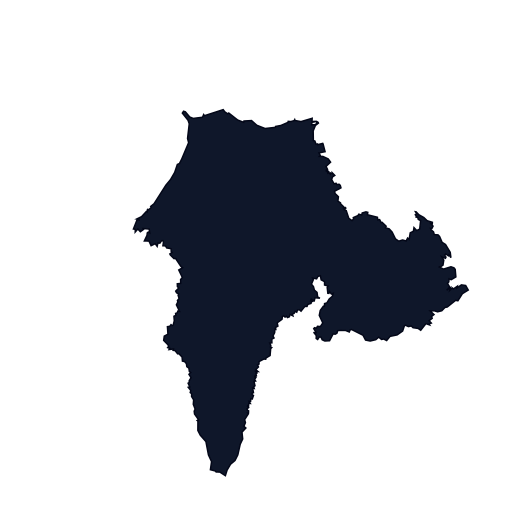 Kendal, Jawa Tengah, Indonesia, rotated 324°
{"feature_id": "22746128B21241240008354", "entity_name": "Kendal", "entity_type": "district", "adm_level": 2, "iso_a3": "IDN", "parent_name": "Indonesia", "parent_adm1": "Jawa Tengah", "projection": "natural_earth1", "projection_center": [110.154, -7.019], "detail": "fine", "context": "isolated", "style": "filled", "palette": "ink", "viewbox_px": 512, "rotation_deg": 324, "n_neighbors": 0, "source": "geoboundaries", "source_scale": "gbopen_adm2", "svg_char_len": 6163}
<svg xmlns="http://www.w3.org/2000/svg" viewBox="0 0 512 512"><g transform="rotate(324 256 256)"><path d="M185.3,221.9L183.8,230.1L181.2,230.7L179.0,233.9L176.0,232.2L174.4,234.6L174.7,236.5L170.4,237.2L170.1,239.1L171.2,241.1L169.9,242.0L168.8,245.2L166.3,245.8L165.8,247.2L162.9,248.7L161.6,255.8L160.4,254.6L158.8,255.7L157.2,255.2L156.3,256.9L154.2,256.5L151.8,260.4L148.4,263.2L147.2,263.0L146.9,261.6L144.9,262.2L142.8,261.1L138.8,267.5L134.7,266.9L131.7,270.0L132.6,276.0L132.3,277.7L130.7,278.2L132.0,280.0L130.7,280.6L134.6,282.7L133.5,283.6L134.9,284.9L135.1,289.1L136.2,289.8L136.8,294.3L134.7,297.8L136.2,299.5L136.4,302.2L135.0,304.9L135.8,307.2L134.2,310.3L134.7,311.9L132.2,312.3L131.9,316.3L128.7,317.6L127.6,319.1L126.3,319.0L125.5,323.0L124.0,322.4L124.2,326.5L122.5,327.8L123.0,329.6L121.3,331.8L121.0,335.7L118.1,339.1L116.8,344.1L114.8,345.2L113.4,347.7L113.3,354.6L111.7,354.5L112.0,355.4L106.4,363.0L105.6,368.2L106.4,376.7L100.6,389.0L99.2,396.2L93.5,402.1L96.7,406.0L96.8,407.3L99.7,409.5L102.1,415.7L106.8,412.2L113.0,409.5L118.8,409.1L124.4,406.2L132.6,399.0L137.7,396.2L141.1,390.3L146.7,389.2L146.1,386.7L149.5,384.6L150.6,381.7L157.0,379.2L156.9,378.0L157.8,378.4L159.0,376.9L158.4,375.8L159.0,374.3L160.9,374.3L160.7,372.6L161.3,372.1L161.8,373.0L163.6,370.9L164.7,371.9L164.9,369.4L166.2,370.4L167.9,368.4L168.9,369.5L172.0,367.3L171.3,366.0L172.3,364.7L173.6,365.1L175.7,360.8L176.7,362.1L177.3,360.4L178.9,360.4L180.7,356.2L182.2,356.9L182.2,355.2L184.7,354.1L183.8,353.2L184.5,352.4L186.0,353.0L186.8,351.0L188.0,351.2L187.9,349.2L189.7,350.6L189.0,347.8L192.8,347.2L193.2,345.0L194.9,345.2L196.4,343.2L201.8,344.0L203.2,345.2L204.2,344.4L208.9,344.8L213.4,339.6L214.9,339.3L214.2,338.1L215.4,337.1L215.9,334.5L217.8,335.6L219.9,332.6L222.4,332.9L222.7,330.7L226.0,329.0L228.3,326.3L228.9,327.0L229.8,325.3L232.5,325.6L233.9,322.5L239.8,322.5L241.8,320.5L243.2,320.6L243.6,322.5L245.2,322.6L245.3,324.3L247.3,324.8L249.1,323.2L250.7,326.1L251.3,324.3L253.1,324.8L255.1,323.8L255.9,325.4L257.8,324.1L259.5,324.9L260.0,327.1L265.8,325.5L267.6,326.8L269.5,325.6L272.6,326.7L274.1,325.5L275.1,326.0L275.2,324.8L274.0,324.3L275.4,323.4L276.8,326.5L279.2,324.5L282.9,327.7L281.8,325.4L284.0,321.3L283.2,317.9L284.5,314.5L284.3,311.4L288.4,308.9L288.8,307.1L291.6,310.1L294.1,308.9L296.5,309.8L294.7,313.6L296.4,317.0L294.4,319.8L296.7,322.7L295.1,323.3L292.2,328.4L293.0,329.1L294.6,327.9L294.6,331.1L296.5,331.6L294.0,333.5L290.0,333.8L285.8,335.6L283.5,334.8L281.8,336.9L281.0,336.2L276.0,337.8L272.3,341.2L270.7,349.4L266.6,350.9L264.4,349.0L262.5,349.9L261.2,348.4L260.0,348.7L259.7,353.3L258.8,353.6L257.8,351.5L258.0,355.8L256.2,358.1L256.8,359.8L259.6,358.7L260.9,359.9L260.3,362.7L261.7,365.2L265.7,367.8L272.5,364.4L274.3,365.9L276.2,366.0L278.1,364.4L279.8,365.3L284.7,368.9L286.8,372.3L288.7,371.1L290.1,371.6L296.0,383.0L295.2,388.4L298.4,391.9L303.7,394.1L307.6,393.8L308.5,397.3L310.5,398.2L312.0,401.2L317.2,399.8L323.8,402.8L330.5,402.9L335.0,399.7L336.2,399.8L337.8,402.7L340.5,403.9L340.9,406.3L344.6,409.9L345.6,412.9L353.7,410.6L355.8,413.6L355.8,412.7L358.4,413.3L358.0,410.1L361.9,410.0L362.5,408.1L365.6,408.0L364.6,402.8L368.0,405.1L370.1,407.9L374.1,409.5L378.6,408.7L380.8,409.7L391.4,409.2L393.0,410.9L400.8,407.8L407.7,408.3L408.3,403.1L405.2,400.1L399.8,400.0L401.1,398.8L396.4,398.7L396.1,397.3L392.6,397.7L394.8,396.0L389.9,395.8L394.5,394.7L394.8,390.7L396.7,390.3L398.8,387.9L400.0,389.9L405.4,390.4L409.3,383.9L409.2,381.9L407.4,379.3L400.0,376.8L397.4,371.9L398.8,373.2L401.9,373.3L405.5,369.7L405.8,365.7L407.9,369.2L409.0,368.6L409.2,366.0L410.7,365.9L411.8,368.9L412.8,368.3L412.7,371.9L415.3,367.2L416.1,358.1L414.6,354.3L416.0,348.1L415.7,345.9L412.8,343.5L413.8,340.8L413.0,337.6L413.4,336.2L414.5,337.1L416.8,335.9L416.5,332.6L417.6,333.5L418.5,332.4L415.2,328.0L414.4,323.5L412.0,318.3L411.5,314.4L411.0,313.9L410.8,316.2L409.1,316.3L409.3,318.0L408.4,318.5L409.5,320.0L408.8,321.8L410.0,324.1L404.3,330.4L401.0,329.9L400.5,325.9L397.9,328.5L394.4,327.9L389.7,332.5L389.2,330.6L386.3,332.1L384.0,329.2L380.2,327.9L378.9,324.1L380.2,316.6L379.7,312.3L377.2,309.2L378.8,308.4L377.8,302.9L376.9,302.7L377.4,299.2L375.8,298.4L377.0,296.0L370.4,288.1L372.1,286.4L370.9,284.9L367.2,283.6L365.6,285.0L363.8,282.6L362.2,283.2L357.3,282.1L356.7,283.4L354.5,283.8L353.2,280.1L355.7,272.3L354.6,270.4L356.8,270.0L356.6,269.0L354.9,268.6L355.8,267.5L355.1,263.6L355.6,262.7L354.5,259.7L357.5,256.5L356.7,251.9L357.6,249.8L364.8,250.8L365.7,248.4L365.4,246.8L363.3,245.6L363.5,244.2L361.6,243.6L362.1,238.7L364.3,237.0L367.1,237.1L366.6,233.6L366.2,234.3L365.0,232.5L364.2,233.3L363.9,231.7L362.7,231.3L363.2,230.1L364.3,230.4L364.1,229.2L362.8,228.7L363.3,227.7L364.8,227.9L365.3,224.7L371.5,223.9L371.5,219.9L368.6,214.7L365.9,212.7L367.1,212.5L367.5,209.6L373.2,212.2L376.1,204.8L376.2,204.1L371.4,202.2L371.6,201.5L370.3,200.9L371.2,197.5L370.2,196.4L375.8,188.4L380.8,185.3L384.6,185.2L384.8,184.4L384.1,182.6L381.3,180.7L381.0,181.3L383.7,182.6L383.7,184.2L381.2,184.6L378.2,182.6L382.4,177.6L371.4,173.7L367.2,169.3L367.5,168.4L366.4,168.9L363.2,167.7L361.2,166.0L360.4,166.7L352.8,165.0L348.0,162.7L347.3,163.3L338.3,158.2L333.5,150.7L332.0,143.8L325.6,139.7L324.6,140.6L321.1,135.2L318.0,124.3L316.6,124.2L315.5,121.0L315.5,118.3L296.8,112.2L296.8,110.8L294.3,112.3L286.1,107.8L284.1,104.6L283.6,97.8L282.5,96.3L280.4,97.1L280.8,106.3L279.7,109.8L269.7,120.7L268.1,124.7L252.9,133.9L248.4,136.2L246.2,135.7L239.3,140.6L231.8,143.9L224.8,145.7L204.2,153.8L200.0,154.0L200.0,155.0L198.2,155.4L195.8,155.3L195.6,153.9L195.6,154.9L193.8,156.4L193.6,155.5L186.6,156.9L181.5,156.0L183.0,157.3L182.5,158.2L180.9,156.9L172.7,162.1L174.0,163.5L172.4,165.6L176.3,164.7L176.7,168.4L180.7,168.4L180.8,167.4L185.4,171.4L183.6,174.9L182.9,173.3L181.6,173.4L180.0,175.2L174.5,178.2L178.2,181.0L177.2,186.0L181.7,186.8L181.7,190.1L184.2,187.9L185.9,189.1L188.6,188.1L189.7,188.8L189.3,190.4L186.7,193.0L188.7,194.6L188.5,197.0L191.6,200.2L190.0,202.6L190.2,203.8L187.5,203.7L187.3,204.8L188.1,209.9L189.5,210.8L189.1,220.0L189.7,222.3L185.3,221.9Z" fill="#0f172a" stroke="#020617" stroke-width="1.5"/></g></svg>